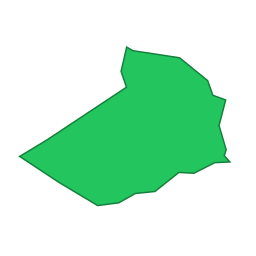 Glascock, Georgia, United States of America (Mercator projection), rotated 186°
{"feature_id": "52423323B56628554160861", "entity_name": "Glascock", "entity_type": "district", "adm_level": 2, "iso_a3": "USA", "parent_name": "United States of America", "parent_adm1": "Georgia", "projection": "mercator", "projection_center": [-82.63, 33.224], "detail": "fine", "context": "isolated", "style": "filled", "palette": "green", "viewbox_px": 256, "rotation_deg": 186, "n_neighbors": 0, "source": "geoboundaries", "source_scale": "gbopen_adm2", "svg_char_len": 426}
<svg xmlns="http://www.w3.org/2000/svg" viewBox="0 0 256 256"><g transform="rotate(186 128 128)"><path d="M232.8,88.4L190.8,66.6L150.1,47.7L129.4,52.6L113.9,63.6L94.5,67.7L72.8,89.1L57.7,89.9L38.1,102.6L23.2,104.9L29.4,110.6L28.1,116.6L37.7,140.0L33.8,166.1L47.0,169.4L53.7,183.4L84.0,203.2L131.1,205.4L137.8,208.3L140.8,183.6L133.8,168.4L207.6,107.5L232.8,88.4Z" fill="#22c55e" stroke="#15803d" stroke-width="1.5"/></g></svg>